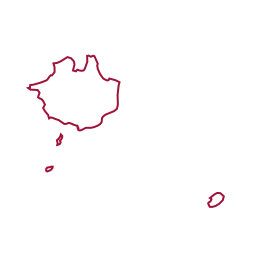 an SVG outline of Trapani, rotated 278°
{"feature_id": "ITA-5409", "entity_name": "Trapani", "entity_type": "Province", "adm_level": 1, "iso_a3": "ITA", "parent_name": "Italy", "parent_adm1": "", "projection": "mercator", "projection_center": [12.517, 37.467], "detail": "fine", "context": "isolated", "style": "outline", "palette": "rose", "viewbox_px": 256, "rotation_deg": 278, "n_neighbors": 0, "source": "natural_earth", "source_scale": "10m", "svg_char_len": 1801}
<svg xmlns="http://www.w3.org/2000/svg" viewBox="0 0 256 256"><g transform="rotate(278 128 128)"><path d="M172.2,113.2L168.6,112.8L159.3,113.1L149.8,114.7L145.5,114.4L142.8,111.9L138.1,103.9L136.1,101.9L134.5,101.0L130.0,101.0L128.0,99.9L126.0,97.5L124.3,94.5L123.3,92.1L122.8,90.0L122.6,88.1L122.3,86.3L121.3,84.7L120.0,83.0L118.9,80.9L119.0,79.2L120.9,78.2L121.1,78.8L122.8,77.8L123.3,77.2L123.1,76.8L123.9,72.8L124.1,72.7L124.7,70.0L124.8,68.8L124.6,68.1L123.6,66.5L123.3,65.2L123.2,64.2L123.5,63.7L126.2,58.2L126.9,54.4L127.6,52.0L127.7,50.0L126.5,48.5L129.9,47.0L132.9,43.6L136.0,41.2L139.6,42.5L143.1,40.1L144.6,38.3L145.2,36.0L145.8,34.7L147.4,34.8L149.2,35.3L150.6,35.5L153.0,33.3L152.8,29.8L152.4,26.1L153.7,23.6L154.4,25.3L155.7,25.2L157.0,25.3L157.6,28.0L160.5,34.6L163.6,40.3L164.8,41.5L168.0,43.1L169.4,44.1L169.5,45.4L173.1,47.5L178.0,46.8L181.6,45.2L182.4,48.3L184.5,51.9L189.8,58.2L189.1,62.0L186.5,65.1L183.4,66.2L177.3,65.5L176.9,68.6L178.7,69.7L178.2,71.9L178.2,74.3L178.9,76.1L180.7,77.0L187.9,78.5L193.7,77.5L194.2,78.8L193.4,81.4L194.7,83.3L194.4,84.8L187.5,89.1L185.9,88.9L185.7,88.8L182.4,89.8L177.7,92.7L173.6,96.5L172.2,100.3L172.6,102.0L174.4,102.7L173.6,108.8L172.2,113.2ZM70.1,218.9L74.5,223.1L76.1,225.4L76.3,228.6L73.7,232.4L69.7,231.9L65.8,229.0L63.0,225.6L62.5,224.6L61.6,222.3L61.3,220.0L62.7,218.9L63.2,218.7L64.0,218.1L64.6,217.9L65.4,218.2L66.5,219.6L66.9,219.9L68.0,220.2L68.7,220.6L69.4,220.4L70.1,218.9ZM101.4,60.3L102.9,60.5L104.1,60.1L105.1,59.6L106.1,59.4L106.9,60.2L108.6,61.3L110.7,62.2L112.3,62.4L111.0,64.0L109.2,64.1L107.4,63.4L106.1,62.4L104.4,63.3L103.0,62.9L102.0,61.8L101.4,60.3ZM78.4,56.2L79.1,57.4L79.2,58.8L77.6,58.7L75.6,57.3L74.4,55.4L73.7,53.9L74.3,52.9L76.3,52.7L77.6,53.6L78.4,56.2Z" fill="none" stroke="#9f1239" stroke-width="2"/></g></svg>